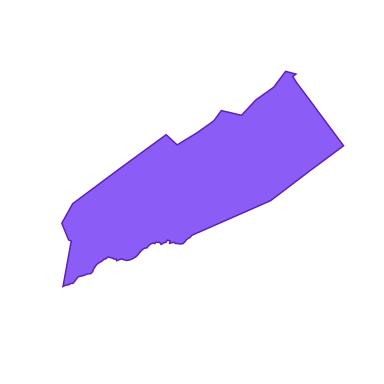 Sigefredo Pacheco, Piauí, Brazil, rotated 223°
{"feature_id": "56859067B30452648330237", "entity_name": "Sigefredo Pacheco", "entity_type": "district", "adm_level": 2, "iso_a3": "BRA", "parent_name": "Brazil", "parent_adm1": "Piauí", "projection": "equal_earth", "projection_center": [-41.801, -4.953], "detail": "fine", "context": "isolated", "style": "filled", "palette": "violet", "viewbox_px": 384, "rotation_deg": 223, "n_neighbors": 0, "source": "geoboundaries", "source_scale": "gbopen_adm2", "svg_char_len": 1301}
<svg xmlns="http://www.w3.org/2000/svg" viewBox="0 0 384 384"><g transform="rotate(223 192 192)"><path d="M112.7,329.2L152.2,336.4L160.2,337.9L162.1,338.3L190.0,343.3L197.1,345.3L196.4,349.1L205.8,344.1L204.1,327.8L203.7,324.4L208.1,302.9L208.1,281.8L219.3,275.5L223.7,272.9L226.1,271.6L224.6,259.0L225.5,254.4L228.7,239.0L230.3,233.0L235.0,216.3L242.9,216.3L250.0,216.3L260.7,160.4L269.5,112.2L271.3,102.1L265.9,80.3L249.5,72.8L246.8,73.8L245.1,71.0L221.9,34.9L220.9,37.6L218.9,40.1L218.0,42.9L216.8,43.9L216.8,46.9L217.2,49.7L217.4,52.5L215.0,55.9L213.8,58.0L212.6,60.7L210.4,63.1L210.3,66.3L211.4,68.0L211.7,70.7L212.3,73.8L211.7,76.8L210.7,80.1L210.5,82.9L209.4,84.3L209.3,86.9L208.0,87.8L205.2,89.3L203.6,89.7L201.6,91.1L200.3,90.3L198.9,93.1L197.8,95.2L196.0,95.8L193.0,97.4L191.0,100.2L190.0,102.7L189.2,105.0L188.7,107.3L188.8,109.6L189.0,112.5L189.0,116.0L188.3,118.7L186.9,120.3L187.1,123.5L186.9,125.4L185.8,127.9L184.0,128.9L184.2,130.9L182.7,131.8L181.4,133.0L178.8,132.6L177.8,135.9L176.7,137.5L177.3,140.0L174.9,141.3L173.4,139.2L172.3,140.9L171.0,142.8L168.8,143.2L166.8,144.9L165.2,145.9L163.4,148.0L163.2,151.3L163.6,153.3L163.1,155.6L162.4,157.3L162.6,160.1L161.5,162.8L128.6,239.3L120.2,288.4L113.3,325.8L112.7,329.2Z" fill="#8b5cf6" stroke="#5b21b6" stroke-width="1.5"/></g></svg>